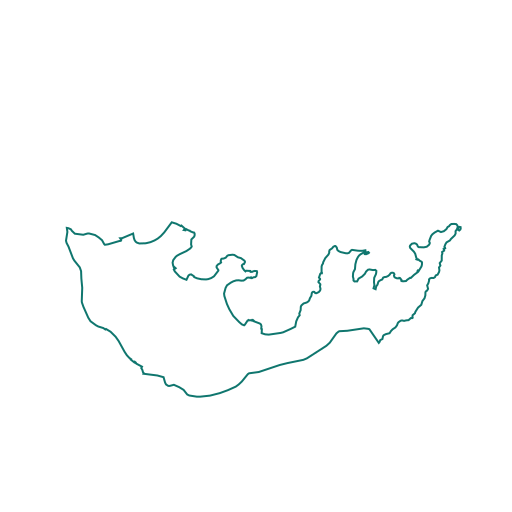 Woollahra, Australia, rotated 44°
{"feature_id": "25037944B50824863548632", "entity_name": "Woollahra", "entity_type": "district", "adm_level": 2, "iso_a3": "AUS", "parent_name": "Australia", "parent_adm1": "", "projection": "natural_earth1", "projection_center": [151.265, -33.862], "detail": "fine", "context": "isolated", "style": "outline", "palette": "teal", "viewbox_px": 512, "rotation_deg": 44, "n_neighbors": 0, "source": "geoboundaries", "source_scale": "gbopen_adm2", "svg_char_len": 6150}
<svg xmlns="http://www.w3.org/2000/svg" viewBox="0 0 512 512"><g transform="rotate(44 256 256)"><path d="M198.7,413.5L198.8,412.7L204.0,411.5L211.1,411.6L216.3,412.6L228.0,416.2L232.0,417.1L235.6,417.3L237.8,417.0L237.9,417.5L242.3,417.1L242.2,416.3L243.2,416.2L243.2,416.7L244.9,416.5L250.9,414.8L251.3,416.3L253.4,416.9L255.4,418.1L256.5,418.2L256.8,418.9L268.0,410.5L273.7,407.4L278.5,410.2L280.5,410.9L283.1,410.4L284.1,409.5L286.4,405.7L291.9,403.7L296.9,402.6L302.7,403.4L304.9,402.7L311.0,398.4L313.7,395.8L319.9,388.4L325.2,379.8L329.0,372.0L332.2,364.0L332.8,360.4L333.0,356.2L332.2,346.7L332.5,345.2L338.6,337.5L348.8,317.9L353.0,311.2L362.2,297.8L363.7,294.3L369.0,271.7L369.3,267.1L367.6,255.8L367.9,253.0L368.3,252.1L373.6,246.4L383.8,233.1L387.1,230.6L388.4,229.9L404.7,233.2L404.6,232.0L403.8,230.2L404.6,227.9L403.1,225.5L402.9,224.6L403.0,223.8L403.8,221.8L405.7,218.8L405.2,216.1L405.2,213.8L405.9,210.6L405.6,208.0L404.6,205.7L404.5,204.6L405.0,202.1L405.8,200.9L407.6,199.8L408.8,197.9L410.3,196.2L410.5,193.1L411.5,192.2L411.6,191.6L410.4,190.7L409.8,189.7L410.1,186.8L409.4,185.4L408.4,180.5L408.8,176.3L407.0,172.8L406.6,169.4L405.2,166.7L403.0,164.3L402.8,163.2L403.1,162.1L402.6,160.1L399.5,158.2L399.0,156.1L397.7,153.6L396.7,152.6L396.7,151.3L397.4,149.9L399.0,148.5L399.4,146.9L398.8,145.1L399.6,143.3L398.8,140.4L397.9,138.9L395.6,137.1L395.3,134.8L393.1,133.5L392.8,130.3L389.2,126.5L388.3,124.7L387.1,123.9L387.6,121.4L387.2,121.0L386.1,120.6L386.7,119.0L386.2,118.7L385.2,118.6L384.1,116.1L383.6,113.8L384.7,110.1L384.4,108.5L384.6,103.2L384.0,101.2L382.3,99.5L382.0,97.3L380.9,94.8L379.4,94.1L377.9,94.0L376.3,95.2L374.3,97.3L374.0,99.0L374.2,100.5L373.7,102.0L374.3,104.4L373.9,107.7L372.4,110.3L369.3,111.4L368.2,115.0L367.8,117.8L368.0,119.8L369.7,123.9L370.5,125.3L372.0,125.9L372.4,126.7L372.7,127.7L372.4,130.7L370.7,133.2L366.9,136.6L365.8,136.7L363.9,135.9L362.3,136.1L361.0,136.8L359.6,138.9L359.6,141.5L360.2,142.5L361.4,143.1L366.6,143.2L369.0,143.8L372.5,145.9L373.7,146.2L373.8,146.9L374.9,146.4L375.2,145.7L376.9,145.7L379.2,145.1L380.0,145.4L381.4,147.0L382.3,148.6L383.4,153.6L382.5,153.8L382.6,154.5L383.5,154.3L383.6,154.9L382.8,159.7L382.6,164.3L382.0,164.6L381.3,168.0L381.3,169.8L379.4,172.0L378.3,172.8L377.7,172.9L377.4,172.2L375.0,171.8L374.3,172.2L374.5,172.6L373.0,174.1L371.1,174.9L369.9,174.9L368.8,174.2L368.3,173.0L367.1,172.6L366.0,173.0L365.0,174.1L364.8,175.1L365.1,176.6L364.9,178.7L364.2,180.5L363.0,182.0L362.5,183.2L363.1,185.2L362.3,187.1L361.9,188.9L362.1,189.9L363.3,192.2L363.6,194.4L365.1,196.8L363.0,197.6L361.4,194.7L359.1,192.9L356.2,189.6L354.9,185.8L354.1,184.5L352.9,183.1L351.5,183.1L349.9,184.9L347.0,186.8L346.1,188.1L346.0,190.7L346.7,193.2L346.6,197.0L345.5,201.0L346.4,204.0L344.5,205.9L343.2,205.9L342.0,204.7L340.0,203.5L337.8,200.9L337.2,199.8L336.3,196.7L333.2,192.9L331.0,189.0L330.1,186.1L329.8,184.1L330.0,182.2L331.4,177.6L331.3,176.4L330.7,175.9L328.8,178.5L325.9,181.2L320.8,184.9L320.5,185.9L320.7,189.2L319.9,190.6L318.6,191.7L314.1,194.4L311.9,195.1L310.2,195.1L308.2,193.8L306.3,193.6L305.8,194.0L305.2,195.6L305.4,197.7L304.8,200.5L305.4,201.8L306.3,202.6L307.1,204.6L307.3,209.4L308.7,213.9L309.4,214.8L309.8,216.7L310.5,218.0L314.0,221.7L315.3,222.4L315.4,222.8L314.6,223.3L314.6,224.2L316.3,227.8L317.9,227.9L318.4,228.4L318.4,230.4L319.0,231.4L321.8,231.6L322.3,232.0L323.0,233.4L325.3,234.9L326.1,236.3L326.2,238.4L325.3,240.8L324.4,241.5L322.9,241.3L322.0,242.0L321.7,242.8L321.9,243.9L323.5,246.2L324.1,248.9L325.1,251.0L325.2,252.3L324.8,254.2L323.2,257.1L323.0,260.1L323.5,261.4L325.7,263.9L327.1,267.3L328.6,268.3L328.8,270.9L330.3,275.0L333.3,279.6L331.6,284.4L328.5,292.1L327.1,294.3L319.8,303.7L317.0,306.0L313.7,307.6L311.0,304.5L310.3,304.7L308.7,302.7L307.1,301.8L305.7,301.9L299.4,304.6L299.2,304.1L298.0,304.2L297.5,304.7L297.6,305.5L296.4,306.2L295.5,307.4L295.1,307.3L294.8,308.3L295.7,313.2L295.6,314.1L293.4,315.0L289.8,315.2L281.3,314.9L273.7,312.8L268.4,310.7L261.1,306.8L259.1,305.2L256.3,300.1L255.5,297.2L256.4,292.6L257.3,289.9L258.7,287.3L260.4,285.5L262.5,284.0L264.1,282.3L264.6,280.1L264.7,277.8L265.5,276.8L267.1,275.6L267.2,274.9L268.0,275.2L268.5,274.7L268.9,273.2L270.1,271.7L270.2,270.2L268.1,266.9L267.1,266.3L265.5,267.6L264.7,268.8L264.2,270.1L263.1,271.2L262.3,270.7L259.2,273.4L259.1,274.4L257.2,274.4L254.6,273.9L252.6,272.9L252.3,272.3L252.3,271.2L252.5,270.6L252.9,270.2L252.4,268.3L251.8,267.6L250.8,267.4L246.6,268.0L243.9,269.5L239.7,270.3L238.2,271.4L235.6,274.6L235.2,275.8L235.4,278.2L234.5,280.3L233.2,281.8L233.2,282.5L234.1,284.2L235.4,284.9L235.2,286.3L234.5,288.7L234.7,290.7L235.6,291.6L238.8,292.3L239.1,292.8L239.9,299.8L239.1,303.0L237.7,305.8L236.3,307.6L232.8,310.7L229.1,313.0L226.2,314.1L225.4,313.7L222.1,314.3L221.2,315.6L221.0,317.0L222.5,321.4L219.0,322.9L215.4,323.9L208.3,323.5L206.3,322.8L206.7,320.6L206.0,320.6L205.7,321.6L205.4,321.5L205.6,320.9L204.7,320.7L204.5,321.1L202.8,320.3L200.6,318.7L199.3,316.4L198.8,312.4L199.0,310.6L199.9,307.6L202.5,300.8L203.4,296.6L203.4,294.7L203.1,293.8L201.3,292.8L198.0,289.0L198.1,285.0L197.3,283.5L196.1,282.4L195.0,282.2L194.5,282.7L191.5,283.9L190.8,283.8L189.8,284.4L187.3,285.1L187.5,286.5L186.1,287.4L186.0,285.7L181.2,285.9L181.1,286.7L176.3,288.1L172.0,290.3L173.6,302.8L173.7,307.8L173.2,311.8L172.2,315.3L170.5,319.3L168.6,322.3L167.8,323.5L163.4,328.0L161.1,329.1L159.5,329.3L157.6,328.9L155.7,327.9L152.0,325.2L147.3,336.2L146.0,337.6L147.9,338.0L148.2,339.0L147.2,340.3L141.5,350.3L139.5,352.9L138.5,352.9L134.3,351.6L130.0,351.9L125.7,352.7L120.2,355.8L119.1,357.0L117.0,360.7L110.2,365.8L106.0,365.8L104.3,365.4L101.8,366.3L100.4,367.2L103.6,369.7L108.7,377.0L110.7,378.2L114.6,379.5L125.9,384.8L128.5,385.5L137.1,386.6L140.7,388.4L146.0,393.5L153.1,399.6L162.1,409.6L163.1,410.4L167.1,412.4L178.2,416.9L182.3,417.9L189.0,417.0L191.5,416.3L196.2,413.9L198.7,413.5ZM383.2,96.8L384.5,96.5L384.6,95.0L384.2,94.1L383.1,93.1L381.9,93.9L381.7,94.4L382.8,96.7L383.2,96.8ZM332.9,179.1L334.0,178.2L335.0,175.8L335.0,175.2L334.0,175.1L332.9,176.8L332.4,178.6L332.9,179.1Z" fill="none" stroke="#0f766e" stroke-width="2"/></g></svg>